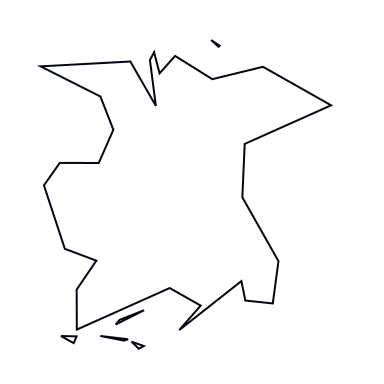 outline of Matanzas, rotated 172°
{"feature_id": "CUB-1430", "entity_name": "Matanzas", "entity_type": "Province", "adm_level": 1, "iso_a3": "CUB", "parent_name": "Cuba", "parent_adm1": "", "projection": "equal_earth", "projection_center": [-81.101, 22.655], "detail": "coarse", "context": "isolated", "style": "outline", "palette": "ink", "viewbox_px": 384, "rotation_deg": 172, "n_neighbors": 0, "source": "natural_earth", "source_scale": "10m", "svg_char_len": 735}
<svg xmlns="http://www.w3.org/2000/svg" viewBox="0 0 384 384"><g transform="rotate(172 192 192)"><path d="M127.5,70.4L154.3,77.1L155.5,96.9L223.9,57.0L199.2,78.3L227.5,100.0L325.2,71.8L319.8,111.4L296.3,137.3L325.8,153.4L337.7,219.2L318.9,239.2L280.3,233.7L261.2,264.6L269.4,299.3L324.5,337.5L234.9,329.8L215.8,282.3L215.3,328.5L210.1,335.7L207.6,314.0L189.8,329.1L156.2,300.9L104.3,306.1L42.2,258.5L133.1,232.3L142.9,179.7L116.0,111.5L127.5,70.4ZM255.9,81.6L286.0,71.4L281.4,75.5L255.9,81.6ZM330.2,58.8L341.8,67.6L326.4,65.1L330.2,58.8ZM280.1,54.3L302.8,62.2L275.8,55.1L280.1,54.3ZM266.5,44.2L272.7,52.2L261.2,46.2L266.5,44.2ZM145.5,332.1L151.9,339.8L144.3,333.0L145.5,332.1Z" fill="none" stroke="#020617" stroke-width="2"/></g></svg>